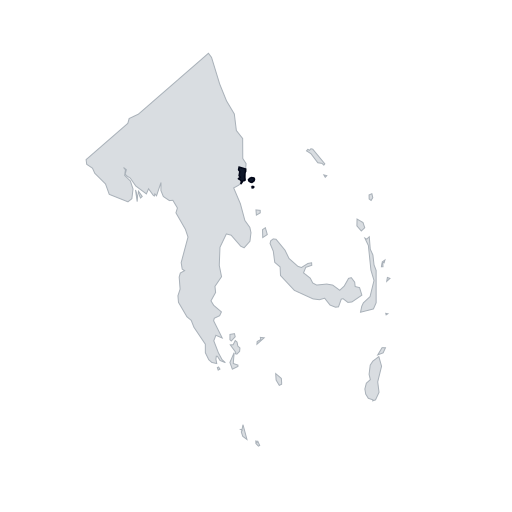 Sumkar District, Madang, Papua New Guinea shown in context, rotated 49°
{"feature_id": "67681753B60776000026411", "entity_name": "Sumkar District", "entity_type": "district", "adm_level": 2, "iso_a3": "PNG", "parent_name": "Papua New Guinea", "parent_adm1": "Madang", "projection": "mercator", "projection_center": [145.886, -4.793], "detail": "fine", "context": "in_parent", "style": "filled", "palette": "ink", "viewbox_px": 512, "rotation_deg": 49, "n_neighbors": 0, "source": "geoboundaries", "source_scale": "gbopen_adm2", "svg_char_len": 6418}
<svg xmlns="http://www.w3.org/2000/svg" viewBox="0 0 512 512"><g transform="rotate(49 256 256)"><path d="M71.8,321.0L71.8,265.7L69.0,261.5L71.8,251.7L71.8,158.9L77.0,159.3L102.4,170.6L119.6,176.5L134.6,179.2L148.4,188.5L158.6,189.0L173.7,202.0L179.8,202.9L190.5,213.8L191.2,222.6L190.0,228.2L206.3,233.5L221.9,241.1L230.4,241.9L235.1,244.5L240.9,250.9L242.0,259.6L238.6,261.1L224.0,261.1L219.9,263.9L225.8,277.5L239.0,289.9L249.0,295.6L252.0,306.9L257.0,310.4L260.3,319.4L265.5,320.3L275.5,318.8L277.2,322.6L275.6,328.3L277.1,330.5L295.7,335.3L289.5,338.3L292.3,343.5L304.4,347.9L311.9,349.6L316.4,349.1L311.2,351.7L306.4,350.9L305.6,351.7L307.5,353.9L311.4,356.2L307.3,359.2L303.3,359.7L295.8,357.7L289.3,352.1L269.1,349.6L262.1,347.1L256.5,348.0L240.1,344.9L234.8,341.0L231.2,335.0L221.5,327.8L219.2,324.3L220.2,319.5L217.5,320.3L211.9,316.8L197.1,294.9L189.6,291.8L170.9,288.1L168.2,283.8L159.4,282.2L157.4,285.0L150.3,286.9L144.2,284.8L138.2,279.5L145.3,291.6L142.8,291.6L144.0,293.4L142.6,293.7L134.8,293.0L137.2,298.0L124.3,300.8L114.8,299.8L110.2,301.1L108.3,300.9L105.8,297.2L102.3,297.9L105.3,298.0L109.0,302.3L117.0,301.6L124.8,304.9L131.3,312.1L131.1,317.1L113.2,326.3L102.9,322.3L87.8,323.4L82.5,321.8L75.7,323.6L71.8,321.0ZM340.5,198.7L344.1,201.2L347.8,198.6L355.0,201.8L353.6,213.8L351.3,217.1L345.3,218.3L344.5,220.0L348.5,227.1L346.8,229.6L341.6,232.3L332.9,231.9L330.6,236.8L325.8,241.1L307.1,249.6L286.8,250.3L280.1,245.0L273.1,246.0L263.7,239.8L255.8,237.2L254.2,234.9L254.4,231.8L256.5,229.9L270.6,230.3L279.5,232.7L291.2,231.2L294.5,229.3L295.7,221.7L297.6,218.5L299.6,220.0L297.2,225.9L299.9,231.2L308.3,229.6L313.6,230.9L317.7,229.3L323.6,221.0L328.3,217.2L336.8,215.3L336.6,209.2L333.6,200.8L334.9,198.3L340.5,198.7ZM443.0,260.2L441.9,262.9L441.3,262.1L437.1,264.6L432.2,263.8L427.8,261.1L424.4,256.2L424.3,250.8L419.5,248.3L413.3,241.4L412.0,236.8L412.5,229.3L421.6,233.6L430.8,246.7L439.6,252.6L443.0,260.2ZM373.0,202.1L367.0,214.0L363.3,209.1L361.8,205.7L361.5,196.6L351.9,183.0L342.0,178.5L321.8,164.3L313.9,162.1L315.9,161.4L315.8,157.9L325.8,165.3L331.9,167.1L340.2,172.8L345.7,174.8L370.1,196.0L373.0,202.1ZM212.6,143.1L231.6,143.6L231.9,145.2L229.4,145.4L226.2,148.2L214.8,147.4L209.8,148.9L209.5,146.9L211.3,146.3L211.1,144.2L212.6,143.1ZM308.5,326.8L312.0,328.8L314.9,328.5L317.2,330.9L317.5,334.8L316.3,335.7L315.5,334.5L306.2,333.7L308.0,331.5L306.2,327.1L308.5,326.8ZM306.2,160.1L299.5,160.1L294.4,155.5L301.0,153.3L306.0,155.4L306.2,160.1ZM322.2,343.7L326.5,341.2L327.5,342.1L325.9,348.1L319.2,345.5L314.6,335.9L322.2,343.7ZM357.7,318.3L365.0,317.2L368.5,319.8L369.6,320.8L368.9,323.3L362.8,322.2L357.7,318.3ZM374.8,376.5L388.5,383.2L383.4,384.3L379.1,382.5L378.6,380.9L376.8,381.4L377.7,380.3L374.8,376.5ZM246.5,238.8L240.4,233.8L240.8,230.4L247.2,233.4L246.5,238.8ZM303.9,330.4L302.1,330.6L298.1,327.1L300.5,323.2L303.3,324.7L303.9,330.4ZM410.5,229.0L407.9,221.0L410.2,218.5L412.5,223.6L410.5,229.0ZM225.4,228.9L221.2,225.8L224.3,222.9L226.2,224.5L225.4,228.9ZM289.6,132.7L287.2,133.2L284.1,130.6L285.0,127.7L288.6,129.6L289.6,132.7ZM197.6,209.3L195.1,212.1L193.4,209.9L196.2,206.7L197.6,209.3ZM323.1,303.5L323.2,313.2L321.3,311.2L322.2,307.2L320.3,306.1L323.1,303.5ZM133.0,306.0L137.0,310.0L127.1,303.6L133.0,306.0ZM136.5,305.1L131.1,303.4L130.0,302.2L136.4,302.8L136.5,305.1ZM401.4,377.5L401.1,378.9L397.5,379.1L395.1,377.2L397.4,377.6L397.0,376.2L401.4,377.5ZM360.8,169.6L360.9,174.0L358.4,170.9L360.8,169.6ZM347.4,167.2L346.4,168.4L343.8,165.3L344.3,164.7L347.4,167.2ZM317.7,357.4L317.3,359.4L314.9,358.4L315.2,357.1L317.7,357.4ZM345.2,163.8L343.3,164.3L343.6,161.3L345.2,163.8ZM241.8,149.9L242.0,152.1L239.3,151.6L241.8,149.9ZM386.1,194.4L385.8,196.4L384.4,195.7L386.1,194.4Z" fill="#d9dde1" stroke="#a8b0b8" stroke-width="1"/><path d="M177.8,210.4L179.3,212.4L180.0,212.7L181.5,212.7L181.6,212.8L184.3,216.1L185.6,216.1L186.3,216.2L186.1,218.0L186.2,218.6L186.3,218.6L187.2,218.3L188.0,218.0L188.7,217.9L190.1,218.2L190.7,218.9L191.3,219.8L191.6,219.8L191.6,219.7L191.5,219.3L191.5,219.2L191.4,219.1L191.4,218.9L191.3,218.7L191.2,218.6L191.2,218.2L191.2,217.9L191.1,217.7L190.9,217.5L190.9,217.4L190.9,217.1L190.8,216.9L190.8,216.6L190.9,216.3L190.9,216.2L191.0,215.7L191.2,215.4L191.3,215.4L191.3,215.2L191.5,215.0L191.5,214.9L191.6,214.7L191.5,214.4L191.4,214.4L191.2,214.3L191.2,214.2L190.9,214.1L190.7,214.0L190.7,213.9L190.8,213.8L190.7,213.7L190.4,213.6L190.2,213.5L190.1,213.4L189.8,213.3L189.7,213.1L189.4,213.1L189.2,212.9L189.1,212.7L188.8,212.6L188.7,212.6L188.6,212.3L188.6,212.2L188.4,212.1L188.2,212.2L188.0,211.8L187.9,211.8L187.9,211.7L187.8,211.4L187.7,211.3L187.6,211.2L187.4,211.2L187.0,210.9L186.9,210.7L186.5,210.3L186.3,210.1L186.2,209.9L186.0,209.7L185.9,209.6L185.8,209.4L185.7,209.2L185.6,208.9L185.5,208.7L185.4,208.4L185.3,208.2L185.2,208.1L185.1,207.9L184.9,207.8L184.8,208.0L184.7,208.0L184.6,207.8L184.4,207.8L184.3,207.7L184.1,207.3L184.0,207.2L183.9,206.9L183.6,206.7L177.8,210.4ZM197.5,207.4L197.4,207.4L197.4,207.1L197.2,207.0L197.1,206.9L196.9,206.9L196.8,206.7L196.7,206.7L196.4,206.5L196.3,206.4L196.2,206.3L195.9,206.4L195.7,206.5L195.4,206.6L195.2,206.8L195.0,207.0L194.9,207.0L194.6,207.4L194.5,207.5L194.4,207.5L194.2,207.6L194.1,207.8L194.0,208.0L193.8,208.0L193.7,208.1L193.7,208.3L193.6,208.5L193.6,208.8L193.6,209.0L193.4,209.3L193.3,209.5L193.3,209.8L193.4,210.0L193.3,210.4L193.4,210.5L193.4,210.8L193.5,211.0L193.5,211.3L193.5,211.5L193.8,211.5L194.0,211.6L194.0,211.8L194.2,212.0L194.3,212.0L194.5,212.1L194.8,212.1L195.0,212.1L195.3,212.1L195.5,212.0L195.6,211.9L195.8,211.9L196.0,211.8L196.3,211.8L196.3,211.7L196.5,211.7L196.8,211.5L196.9,211.4L197.0,211.4L197.3,211.3L197.4,211.2L197.6,211.0L197.6,210.9L197.7,210.7L197.6,210.3L197.6,210.2L197.8,210.2L197.7,209.9L197.8,209.8L198.0,209.5L198.0,209.4L197.8,209.3L197.8,209.1L197.8,208.9L197.9,208.7L198.0,208.5L197.9,208.4L197.8,208.2L197.9,207.9L197.6,207.6L197.5,207.4ZM202.7,213.4L202.7,213.2L202.7,212.9L202.6,212.7L202.5,212.4L202.4,212.4L202.2,212.3L201.9,212.4L201.7,212.5L201.4,212.7L201.3,212.8L201.3,213.0L201.2,213.1L201.3,213.2L201.2,213.4L201.2,213.5L201.3,213.5L201.5,213.5L201.4,213.7L201.5,213.7L201.5,213.8L201.8,213.9L202.0,214.0L202.0,213.9L202.0,213.6L201.9,213.5L202.1,213.4L202.1,213.5L202.3,213.7L202.3,213.8L202.5,213.7L202.7,213.4ZM190.3,213.4L190.2,213.4L190.3,213.4L190.3,213.4Z" fill="#0f172a" stroke="#020617" stroke-width="1.5"/></g></svg>